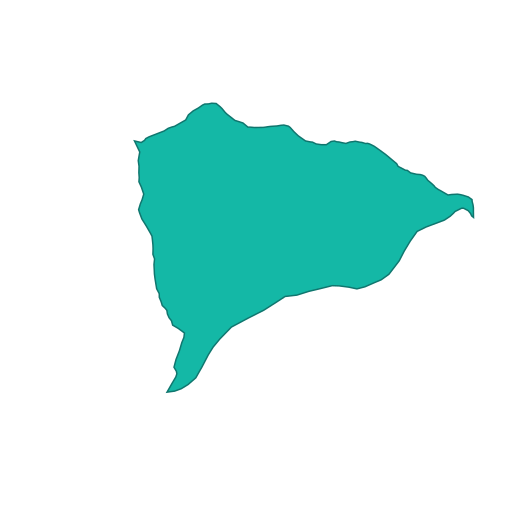 the district of Barzhong, Chirang, Bhutan, rotated 212°
{"feature_id": "84629894B8862847881254", "entity_name": "Barzhong", "entity_type": "district", "adm_level": 2, "iso_a3": "BTN", "parent_name": "Bhutan", "parent_adm1": "Chirang", "projection": "mercator", "projection_center": [90.069, 26.941], "detail": "fine", "context": "isolated", "style": "filled", "palette": "teal", "viewbox_px": 512, "rotation_deg": 212, "n_neighbors": 0, "source": "geoboundaries", "source_scale": "gbopen_adm2", "svg_char_len": 2383}
<svg xmlns="http://www.w3.org/2000/svg" viewBox="0 0 512 512"><g transform="rotate(212 256 256)"><path d="M266.6,118.2L262.5,116.1L260.7,114.2L259.9,111.0L259.7,103.1L259.3,93.4L253.4,98.3L249.1,103.8L246.5,109.0L245.5,111.0L242.5,120.8L242.9,129.7L243.0,132.9L244.1,147.0L244.1,156.0L242.7,166.5L239.2,182.7L229.9,198.9L220.6,214.3L212.4,231.6L209.9,237.1L200.6,244.5L192.4,254.1L184.2,262.4L175.7,271.2L169.7,274.7L160.7,278.8L153.0,281.6L147.3,287.6L141.5,296.1L137.2,302.2L133.6,311.0L132.0,327.8L132.9,338.6L133.1,350.2L132.4,362.2L127.3,370.5L115.2,386.4L112.4,392.6L111.2,397.0L110.8,399.2L107.0,405.4L105.3,406.5L100.0,406.9L96.5,405.7L94.4,404.3L92.0,404.0L95.3,409.1L97.1,412.0L99.0,414.3L101.7,416.9L102.7,418.3L107.2,418.6L112.7,417.2L115.6,416.2L117.9,415.2L122.6,411.9L125.5,409.5L130.7,409.3L133.9,409.2L136.7,409.0L138.6,409.1L140.4,409.2L142.2,409.9L145.2,410.5L148.0,410.9L150.4,411.2L153.0,412.3L155.2,413.0L157.5,412.8L159.9,412.1L163.1,410.4L169.0,408.4L173.0,408.8L174.8,407.9L183.0,407.3L185.6,408.8L200.0,410.8L208.5,411.4L213.8,411.7L216.4,411.5L219.0,411.2L221.0,410.7L222.8,409.4L226.5,408.4L228.1,407.6L232.7,405.9L234.3,404.4L236.7,402.5L239.4,399.1L243.3,397.6L246.0,396.7L248.1,395.6L250.4,395.1L253.0,392.9L255.3,387.7L259.4,385.1L264.3,382.9L268.4,382.5L270.5,381.5L275.0,379.8L283.9,380.3L289.7,381.5L295.1,383.1L297.3,383.3L301.8,381.8L304.3,379.9L307.1,377.4L312.1,373.8L314.1,372.2L316.5,370.1L318.0,368.9L325.3,364.2L329.4,362.1L331.1,361.0L337.5,361.9L342.0,360.8L345.7,359.8L355.8,360.9L358.2,361.4L362.9,363.0L365.6,363.6L370.6,364.2L374.5,362.1L377.0,359.7L380.0,357.7L381.3,355.7L383.3,351.0L386.2,345.7L388.1,339.9L387.7,334.1L393.8,322.8L395.8,320.7L398.1,317.8L400.2,313.3L407.6,303.4L409.9,300.3L411.7,297.2L411.8,295.0L413.5,291.4L420.0,289.2L409.7,282.6L406.4,274.5L404.5,272.2L402.8,270.2L399.5,264.6L396.6,260.6L394.6,256.9L389.6,253.6L384.0,249.0L382.4,243.3L381.7,239.0L380.1,233.1L377.7,231.0L372.5,227.0L365.1,223.4L357.8,219.5L354.7,217.7L352.4,214.8L349.3,210.8L347.2,207.7L344.3,202.8L340.5,199.8L338.0,194.7L335.0,190.4L332.6,186.9L329.4,183.0L322.9,175.6L318.1,172.8L316.1,169.7L312.3,167.0L309.2,164.3L305.5,163.6L302.8,162.7L300.4,159.9L297.0,157.6L293.4,156.3L290.0,153.2L283.9,153.4L275.9,152.8L274.0,148.8L273.0,143.2L270.7,134.9L269.0,125.9L266.6,118.2Z" fill="#14b8a6" stroke="#0f766e" stroke-width="1.5"/></g></svg>